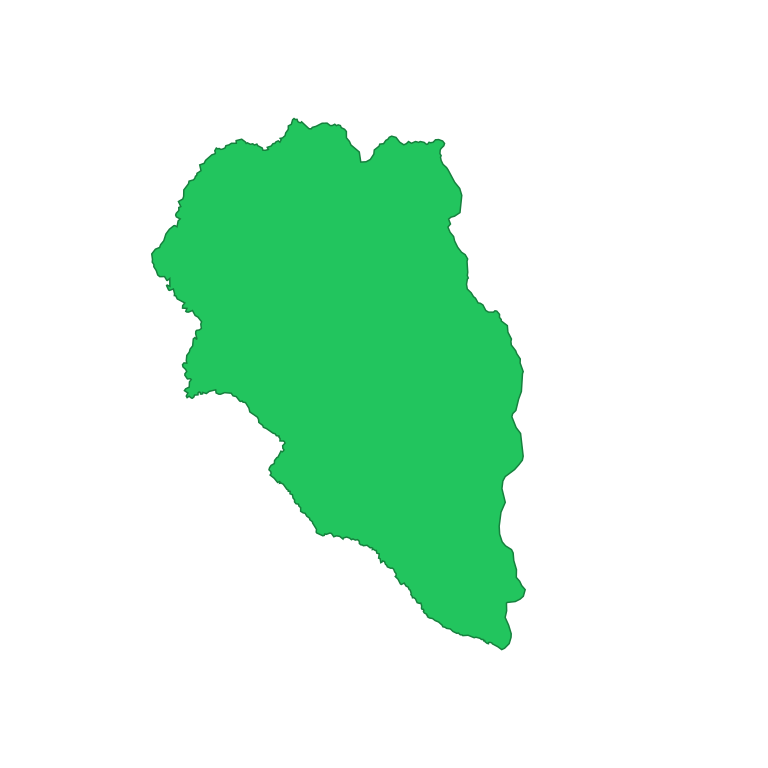 Espindola, Loja, Ecuador (Albers equal-area conic projection), rotated 329°
{"feature_id": "8360857B90110286076801", "entity_name": "Espindola", "entity_type": "district", "adm_level": 2, "iso_a3": "ECU", "parent_name": "Ecuador", "parent_adm1": "Loja", "projection": "albers", "projection_center": [-79.445, -4.57], "detail": "fine", "context": "isolated", "style": "filled", "palette": "green", "viewbox_px": 768, "rotation_deg": 329, "n_neighbors": 0, "source": "geoboundaries", "source_scale": "gbopen_adm2", "svg_char_len": 6157}
<svg xmlns="http://www.w3.org/2000/svg" viewBox="0 0 768 768"><g transform="rotate(329 384 384)"><path d="M208.2,294.3L210.6,294.1L211.7,296.9L212.5,297.5L214.4,297.2L215.8,295.9L219.0,297.5L220.0,295.9L221.5,295.6L222.3,296.8L221.5,297.8L221.8,298.4L223.4,299.0L224.4,297.9L226.8,300.7L230.4,300.3L236.7,302.3L235.5,305.2L237.2,307.7L238.7,308.6L242.9,309.3L248.3,313.2L248.5,316.4L250.9,318.7L251.5,324.2L252.1,325.1L253.6,325.5L253.7,326.8L255.7,328.6L255.8,335.1L254.6,338.8L258.4,347.2L258.2,349.7L256.9,352.5L258.7,357.0L258.3,359.0L260.2,361.5L263.5,368.9L265.1,370.7L265.1,372.8L267.2,374.6L266.6,375.5L266.8,377.3L265.5,379.2L268.6,381.2L268.9,382.2L268.7,383.7L265.3,384.7L264.1,387.3L264.4,388.8L263.6,389.5L261.8,389.7L261.1,388.5L255.4,392.1L254.2,391.9L250.8,393.2L249.0,395.7L245.3,395.6L242.8,396.8L241.2,398.3L241.8,400.6L241.2,402.6L239.5,403.4L241.3,408.2L242.1,413.6L244.3,413.9L244.4,414.8L243.5,415.4L244.8,415.9L246.0,418.0L246.5,424.2L247.2,425.4L246.7,426.6L248.2,427.7L246.9,429.7L248.5,431.7L247.3,434.9L247.7,437.1L246.6,439.0L246.9,441.3L248.8,443.0L248.2,444.9L248.9,447.0L247.0,450.2L248.3,452.8L249.8,454.2L249.7,457.4L251.1,460.8L250.5,462.1L251.7,465.2L251.2,466.4L251.3,473.8L249.6,476.0L249.6,477.0L253.4,482.6L254.8,483.0L256.0,482.1L257.2,483.2L260.9,483.9L262.0,485.1L262.3,489.1L264.9,489.6L267.5,491.7L269.0,495.8L269.9,495.1L273.1,495.9L275.2,498.4L275.9,500.7L277.6,500.8L279.0,503.0L281.2,503.8L281.8,506.2L280.7,508.1L281.4,510.0L282.6,510.9L283.0,512.0L286.4,513.5L287.8,517.3L289.0,517.8L289.6,518.8L288.7,519.9L289.9,520.3L290.8,522.3L291.7,522.8L290.7,525.2L292.4,527.2L289.7,530.5L290.7,531.8L289.2,535.5L290.6,535.6L291.6,534.9L293.0,536.5L292.4,539.3L292.9,540.6L292.7,542.5L294.8,545.3L296.4,546.2L296.9,547.7L296.4,550.5L296.7,552.8L295.7,554.5L294.5,554.8L295.5,558.5L295.1,563.7L295.5,564.7L298.8,565.1L298.8,568.5L300.1,570.5L299.7,573.1L300.3,574.1L299.5,577.4L298.6,578.3L298.8,580.8L298.3,581.9L299.6,582.6L300.3,584.4L299.8,588.5L301.4,590.3L302.7,590.7L302.0,593.6L300.6,595.6L300.6,596.8L301.7,597.4L301.5,598.8L300.6,599.3L300.6,600.9L302.0,603.4L301.6,603.9L302.0,605.2L301.4,605.9L302.4,607.9L304.8,610.0L306.0,613.1L308.2,616.1L309.6,620.6L309.4,622.4L311.0,623.9L311.8,625.7L314.7,628.1L315.7,631.7L318.0,635.2L319.5,635.8L320.2,638.2L321.6,639.2L322.0,640.3L326.7,642.7L330.6,647.9L332.4,648.4L335.3,651.4L335.9,653.1L337.3,653.9L337.3,655.7L338.1,655.7L337.9,657.1L338.8,659.4L339.8,660.4L340.6,659.5L341.7,659.9L343.0,661.3L343.1,662.6L346.3,667.9L348.1,672.3L351.3,672.6L357.6,671.0L362.4,666.6L364.4,663.6L366.6,654.9L367.6,646.5L372.3,641.6L376.1,634.9L377.1,634.7L384.5,638.1L389.9,638.5L394.1,637.7L399.1,633.0L398.2,627.7L398.7,623.0L397.8,617.9L401.9,611.4L404.3,602.2L407.7,595.3L408.0,591.6L404.8,585.3L404.0,580.1L405.8,572.2L409.5,565.2L418.2,554.2L427.0,547.9L431.2,534.4L435.9,528.4L440.2,525.8L451.9,524.6L458.2,522.6L463.3,520.6L466.1,517.6L475.6,496.7L474.8,489.4L476.7,478.0L479.0,475.7L483.4,474.6L491.6,466.3L497.9,461.2L508.0,446.5L509.7,445.1L511.5,436.1L513.7,432.7L513.4,426.4L514.0,423.3L513.2,416.2L514.7,412.9L516.4,411.1L516.9,403.4L519.8,397.5L517.0,390.4L517.7,389.0L517.3,386.4L518.9,383.8L518.2,379.6L516.8,378.4L514.8,378.8L510.6,376.2L509.1,373.4L509.5,367.2L508.2,364.5L506.4,362.9L506.6,357.5L505.7,355.2L505.7,350.7L504.3,345.5L506.1,341.0L509.5,337.0L510.8,336.6L511.2,334.0L513.3,331.4L518.3,321.7L520.1,319.9L520.2,314.9L518.3,311.0L517.6,304.8L518.2,297.7L519.6,293.5L518.8,288.0L519.6,282.4L523.4,281.1L524.3,275.9L527.4,275.5L530.9,276.5L537.4,276.2L547.8,262.4L549.6,255.4L548.5,247.5L549.2,233.6L549.1,230.8L547.7,226.1L548.1,221.9L549.2,218.7L550.6,217.7L550.6,215.3L552.6,212.5L554.0,211.6L558.0,210.6L559.8,209.0L559.4,205.9L556.7,202.6L553.9,201.2L550.6,202.1L548.2,201.2L547.1,200.0L544.9,200.9L543.9,200.5L542.8,197.5L539.9,194.8L538.2,194.8L535.9,192.4L531.5,191.8L529.9,188.8L527.0,189.5L524.2,189.2L522.0,184.8L521.3,178.8L518.2,175.5L515.6,175.2L513.4,176.2L511.0,176.1L507.4,177.8L503.9,176.2L502.3,177.6L496.2,178.4L493.7,181.7L487.9,184.5L483.1,184.3L478.4,181.8L482.3,172.4L478.8,162.1L479.3,158.2L478.6,153.6L481.8,148.2L481.4,145.3L479.4,142.3L479.7,140.0L478.2,138.3L476.2,138.0L475.6,136.0L472.7,135.8L471.0,134.8L469.6,131.1L465.2,128.6L458.4,128.1L454.7,127.1L453.1,127.8L451.2,126.6L448.4,116.8L447.1,117.2L445.7,115.7L445.3,114.6L445.8,112.4L444.1,111.5L443.6,110.1L441.8,110.4L438.3,113.7L434.9,113.5L433.1,116.4L429.0,118.2L427.1,120.2L423.7,120.8L421.5,120.0L421.7,121.7L419.3,123.1L418.6,121.1L416.1,120.8L414.4,121.5L412.6,120.8L409.8,121.9L405.8,121.0L405.7,123.4L402.9,122.7L400.6,121.3L401.2,119.0L398.5,114.7L398.6,112.9L396.0,112.4L395.2,110.5L392.9,109.7L391.1,106.9L389.8,106.8L389.9,105.3L388.1,100.9L382.6,99.2L381.4,101.6L377.2,99.1L374.3,99.2L371.2,98.3L369.3,99.8L366.2,99.4L364.9,98.8L364.0,97.2L362.6,96.8L361.8,95.4L359.1,96.9L358.4,99.2L357.6,99.6L354.5,98.9L346.2,100.4L343.5,102.2L338.9,101.3L337.0,106.9L332.2,107.1L330.9,108.7L329.4,108.8L327.7,110.3L325.8,110.9L321.4,109.7L319.5,111.7L312.4,114.5L308.9,120.0L306.8,121.8L301.8,121.7L301.2,127.3L299.0,127.0L297.5,129.6L293.8,130.7L292.4,131.9L292.1,133.8L294.3,137.5L291.5,138.2L287.6,142.6L286.3,140.5L285.3,140.1L279.8,140.8L274.3,143.1L269.0,147.8L264.3,149.5L262.0,151.4L257.5,150.7L251.9,152.9L249.7,158.0L248.1,160.2L248.3,163.1L247.1,164.9L247.2,169.5L246.2,174.0L247.1,176.5L251.2,178.9L251.2,183.3L251.7,183.7L254.7,183.2L250.8,190.0L249.1,187.5L248.3,187.7L247.8,192.5L248.4,193.3L252.4,194.1L251.0,198.7L249.8,200.2L250.9,201.1L250.6,204.6L255.0,211.9L251.8,213.1L250.4,215.2L254.0,217.7L251.5,219.6L252.0,220.7L253.5,221.7L257.7,222.4L257.4,228.0L259.0,230.8L259.7,236.7L257.8,238.3L256.1,242.3L253.7,242.6L250.9,241.5L249.8,242.0L248.5,243.8L246.9,248.9L246.4,248.9L245.8,246.8L243.8,247.1L239.6,252.8L235.8,254.2L233.5,256.4L229.7,257.9L226.6,262.1L225.7,264.5L223.4,262.9L221.2,263.7L220.5,265.8L221.5,269.4L221.3,271.7L218.6,272.7L217.8,274.0L218.1,278.4L220.8,279.8L221.1,280.9L218.3,282.0L215.5,286.3L211.4,286.0L209.5,286.9L211.3,290.7L208.3,292.5L208.2,294.3Z" fill="#22c55e" stroke="#15803d" stroke-width="1.5"/></g></svg>